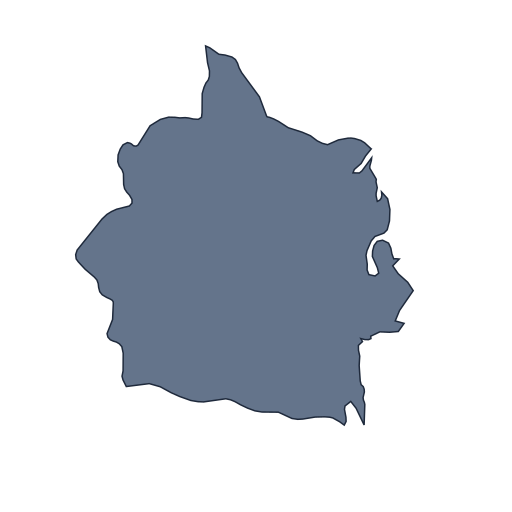 SVG path tracing the border of Okayama, rotated 294°
{"feature_id": "JPN-1822", "entity_name": "Okayama", "entity_type": "Prefecture", "adm_level": 1, "iso_a3": "JPN", "parent_name": "Japan", "parent_adm1": "", "projection": "orthographic", "projection_center": [133.872, 34.876], "detail": "fine", "context": "isolated", "style": "filled", "palette": "slate", "viewbox_px": 512, "rotation_deg": 294, "n_neighbors": 0, "source": "natural_earth", "source_scale": "10m", "svg_char_len": 2679}
<svg xmlns="http://www.w3.org/2000/svg" viewBox="0 0 512 512"><g transform="rotate(294 256 256)"><path d="M400.7,317.7L392.0,315.4L383.3,314.4L375.0,310.6L371.4,310.8L373.9,316.7L376.9,318.2L392.8,321.7L390.4,322.5L384.5,323.4L382.4,324.3L376.2,333.1L375.0,334.7L372.5,335.5L367.7,339.0L362.2,340.2L359.9,341.2L355.2,344.6L357.3,346.3L359.7,346.9L362.6,346.3L365.6,344.6L361.9,352.9L353.0,359.4L342.3,363.7L333.3,365.2L329.0,363.6L322.2,356.7L316.6,355.1L306.0,355.2L301.4,356.2L293.7,361.0L288.4,363.2L284.9,366.7L286.2,372.9L290.2,375.1L294.7,371.6L302.9,362.5L308.0,360.5L313.7,359.6L318.7,360.8L321.9,365.2L321.7,371.8L318.0,376.0L313.2,379.3L309.4,383.0L310.1,384.2L310.4,384.9L311.5,388.1L302.6,384.9L297.6,393.2L293.7,405.3L288.3,413.7L264.7,409.3L253.3,409.6L254.7,418.7L244.9,416.7L240.7,409.1L237.1,400.0L229.4,393.4L227.3,394.6L225.4,392.9L223.9,389.4L223.2,385.3L221.1,388.1L216.0,385.9L211.5,388.0L206.7,391.5L197.9,394.8L184.3,402.0L181.2,404.4L180.3,407.1L178.3,409.0L175.9,410.3L170.2,411.4L168.0,412.8L166.4,414.5L164.6,415.8L145.6,423.5L157.6,409.4L161.7,401.7L155.2,398.3L151.9,399.2L145.2,403.8L141.5,405.6L137.4,405.4L138.6,399.8L139.3,392.0L138.7,388.8L137.0,384.1L132.9,375.5L126.1,365.1L123.8,360.6L122.2,355.0L122.4,339.9L115.9,324.9L114.1,318.0L113.6,310.2L113.8,302.3L114.4,296.1L114.3,291.2L113.3,286.5L101.4,267.5L99.3,262.2L97.5,255.2L96.6,243.4L96.6,234.2L97.6,221.7L96.0,210.4L84.0,190.6L88.7,184.9L91.7,182.5L97.0,181.3L113.2,174.2L118.6,170.3L120.2,166.9L120.6,163.5L120.2,160.3L120.2,157.0L121.6,153.8L124.5,151.5L139.7,150.8L154.7,144.9L156.2,144.1L157.1,142.5L157.4,140.0L157.4,136.5L158.0,131.3L159.8,127.8L163.3,125.0L166.6,123.1L169.4,120.4L171.0,116.9L174.4,105.3L178.3,96.2L180.2,92.9L183.9,90.7L188.7,90.2L227.2,100.3L233.4,102.9L237.8,105.9L242.1,109.7L250.2,120.0L253.9,121.2L257.2,119.7L260.1,115.7L261.8,111.9L264.0,108.6L267.5,106.0L277.3,101.4L280.3,98.5L282.5,94.5L285.9,91.4L292.3,88.9L298.5,88.5L303.5,89.3L307.3,92.4L307.8,94.9L307.7,96.6L306.9,99.2L307.3,101.0L307.8,102.0L309.4,103.1L332.0,106.3L341.9,113.1L347.3,119.7L349.8,125.7L351.1,130.1L353.6,135.0L354.7,138.4L355.6,142.9L357.4,147.7L360.5,149.8L364.8,148.5L382.5,140.8L389.0,139.9L393.7,139.9L397.3,140.8L401.0,140.4L406.2,138.2L412.9,133.1L427.4,124.5L427.4,129.1L425.2,140.0L427.0,146.0L428.0,153.1L427.1,157.3L424.6,160.7L421.0,164.0L417.6,168.4L402.8,194.4L388.2,208.7L387.7,209.4L387.7,209.7L388.2,212.1L388.4,216.4L388.1,221.8L386.3,233.3L387.9,247.9L388.0,256.9L386.1,265.1L385.9,270.7L386.8,276.1L395.6,284.1L401.0,292.0L402.4,294.9L403.4,298.3L404.2,304.7L403.6,309.2L400.7,317.6L400.7,317.7Z" fill="#64748b" stroke="#1e293b" stroke-width="1.5"/></g></svg>